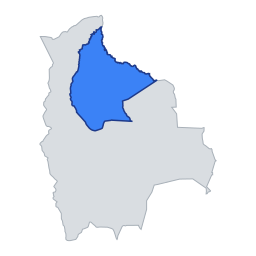 location of El Beni within Bolivia
{"feature_id": "BOL-1293", "entity_name": "El Beni", "entity_type": "Department", "adm_level": 1, "iso_a3": "BOL", "parent_name": "Bolivia", "parent_adm1": "", "projection": "natural_earth1", "projection_center": [-65.092, -13.43], "detail": "fine", "context": "in_parent", "style": "filled", "palette": "blue", "viewbox_px": 256, "rotation_deg": 0, "n_neighbors": 0, "source": "natural_earth", "source_scale": "10m", "svg_char_len": 8655}
<svg xmlns="http://www.w3.org/2000/svg" viewBox="0 0 256 256"><path d="M42.1,150.4L41.7,146.5L41.1,145.5L40.2,144.8L39.9,144.1L40.2,143.2L41.9,141.6L42.9,141.3L43.1,140.5L46.3,135.8L47.3,134.9L48.4,134.2L48.9,133.7L48.6,132.0L48.7,130.8L49.1,130.1L51.3,128.8L51.5,128.5L51.4,128.1L50.4,127.2L48.5,126.4L47.2,126.5L46.0,125.3L43.4,118.2L43.0,116.6L43.0,115.9L44.7,112.5L46.6,109.7L46.4,109.0L44.3,106.3L43.6,105.0L43.8,102.1L45.0,101.3L45.6,98.7L46.1,98.3L47.3,96.6L48.8,95.0L48.9,93.1L49.4,92.6L50.8,91.9L50.9,91.5L50.6,90.2L49.9,88.8L49.4,88.1L48.6,84.8L47.9,83.1L48.7,81.6L49.2,80.0L49.4,78.0L49.2,69.4L50.8,67.3L51.7,66.9L52.4,66.1L52.4,64.8L53.5,63.0L40.3,36.5L45.4,36.6L51.0,37.5L52.0,38.1L52.2,39.0L52.8,39.4L54.3,39.2L58.9,36.9L59.5,36.2L61.1,33.7L62.4,32.3L63.5,31.8L65.8,31.6L66.6,32.0L67.5,31.9L68.3,30.5L69.5,28.9L71.9,26.9L73.2,26.4L73.9,25.7L75.3,25.6L76.4,24.9L82.0,19.9L84.3,18.6L86.8,18.0L88.8,17.3L93.8,16.6L97.0,16.3L98.0,17.0L99.2,16.8L100.1,15.7L101.0,15.4L101.5,15.4L102.4,16.7L102.8,18.1L102.5,19.2L102.6,20.8L103.0,22.8L102.8,24.6L101.0,28.0L100.8,29.0L100.9,30.3L101.5,32.5L102.5,35.5L102.6,37.8L101.9,39.2L101.6,40.5L101.6,41.6L101.9,42.3L102.3,42.7L102.6,43.6L102.6,44.8L103.2,46.1L104.3,47.3L104.8,48.4L104.6,49.5L104.6,50.1L105.0,50.4L105.7,49.9L106.0,50.0L106.8,51.5L107.3,53.0L107.5,54.0L109.8,54.9L113.0,57.9L114.5,58.7L115.8,61.9L118.2,62.7L122.9,63.5L125.1,62.4L126.5,62.6L128.0,63.3L131.5,66.0L132.9,66.5L133.9,65.8L134.9,65.5L135.6,65.8L136.3,68.2L139.0,70.7L140.0,71.4L141.1,71.4L146.0,73.7L147.3,73.9L148.6,73.8L149.4,74.2L149.8,75.6L152.0,78.4L153.0,79.5L154.2,80.5L157.3,80.4L158.3,80.7L164.6,79.8L167.0,81.1L172.9,85.0L174.1,87.5L174.4,88.9L174.0,90.3L173.5,90.8L173.3,91.7L173.5,93.0L174.5,94.2L175.3,98.3L175.9,99.1L176.2,107.1L171.7,107.3L172.4,108.1L176.6,113.8L177.5,127.3L201.3,128.3L201.9,128.3L203.7,127.6L204.1,127.6L204.0,131.1L202.2,133.8L202.1,134.7L202.3,138.3L202.9,141.2L203.2,143.8L203.9,144.6L206.0,146.0L209.1,148.6L210.3,148.9L211.4,148.6L212.0,149.6L212.1,151.3L214.8,159.0L215.3,160.0L216.1,160.6L215.9,161.0L215.3,161.1L215.0,161.7L211.8,172.5L212.6,172.6L212.7,174.8L211.8,174.9L211.5,175.4L206.6,186.7L210.5,190.8L210.1,191.5L208.1,192.1L207.1,193.7L206.1,193.9L206.4,191.1L206.2,188.6L205.9,188.0L192.8,178.9L179.6,179.1L157.8,184.4L154.2,185.1L151.9,192.1L146.6,200.7L146.6,209.4L141.1,229.4L139.8,228.1L138.8,226.2L138.5,225.3L138.4,225.3L126.4,225.4L125.8,225.8L124.9,225.8L124.3,225.5L123.7,225.5L122.8,225.9L122.1,226.6L117.9,235.7L117.3,239.0L117.0,239.5L116.3,238.4L114.2,231.7L113.0,229.3L111.6,228.5L107.4,227.2L99.9,227.0L97.5,227.3L96.2,227.1L95.0,225.7L92.1,223.3L91.5,222.5L90.4,222.0L89.8,222.0L89.4,222.5L88.3,226.3L87.7,227.3L83.8,228.9L82.7,229.1L82.2,230.0L81.9,231.2L81.4,232.4L78.7,234.1L78.1,234.8L77.8,236.5L75.8,239.4L70.3,240.6L68.4,240.6L67.2,240.4L66.0,239.5L65.8,237.9L66.0,236.2L65.9,233.8L64.9,231.1L65.0,230.2L64.8,228.9L64.3,226.3L63.1,225.1L62.5,221.1L61.4,218.8L61.3,213.4L57.8,207.4L56.4,206.9L56.0,206.6L55.9,205.7L55.9,203.4L57.1,201.9L53.3,199.0L53.0,198.2L53.1,197.6L54.1,196.4L53.4,195.0L53.5,193.7L53.0,193.1L53.1,192.7L53.5,192.3L55.3,191.9L55.9,190.6L55.9,189.4L55.6,188.7L53.9,186.7L53.9,186.3L57.3,181.4L57.1,181.0L56.8,180.5L55.0,179.1L52.9,176.8L51.5,175.6L50.4,174.4L49.9,173.5L49.7,170.8L49.0,168.1L48.0,161.7L47.2,159.4L48.0,158.1L48.0,157.8L44.8,155.9L44.1,153.0L42.1,150.4Z" fill="#d9dde1" stroke="#a8b0b8" stroke-width="1"/><path d="M101.6,27.0L101.3,28.0L101.1,28.2L100.8,28.3L101.0,28.8L100.9,29.1L100.9,29.3L101.1,29.9L101.0,31.0L101.2,31.3L101.5,31.5L101.8,32.2L101.6,33.2L101.4,33.9L101.5,34.2L102.1,34.3L102.3,34.5L102.6,34.8L102.7,35.1L102.8,36.5L103.0,36.8L103.0,37.0L102.9,37.2L102.6,37.5L102.3,37.9L102.3,38.2L102.5,38.9L102.4,39.2L101.8,39.7L101.6,40.0L101.5,40.4L101.7,40.7L102.0,40.9L102.1,41.1L102.0,41.3L101.7,41.7L101.7,42.1L101.9,42.4L102.6,42.9L102.5,43.2L102.2,43.7L102.2,43.9L102.7,45.5L103.1,46.0L103.6,45.8L104.1,46.2L104.2,46.4L104.2,46.6L104.1,46.9L104.1,47.3L104.5,47.5L104.8,47.7L104.9,47.9L104.6,48.0L104.6,48.6L104.4,49.2L104.4,49.8L104.5,50.0L104.9,50.5L105.1,50.5L105.3,50.4L105.4,49.3L105.5,49.2L105.7,49.3L105.7,49.7L105.9,49.9L106.4,50.2L106.5,50.8L106.8,51.3L106.8,52.0L106.9,52.4L106.9,52.5L107.3,52.7L107.4,52.9L107.4,53.1L107.1,53.6L107.1,53.9L107.2,54.1L107.4,54.4L107.8,54.6L108.4,54.6L109.4,54.8L109.7,54.7L110.4,55.0L110.6,55.6L110.7,55.9L111.2,56.5L111.2,56.9L111.3,57.0L111.5,56.9L111.6,56.3L111.6,56.2L111.9,56.2L112.0,56.6L111.9,57.0L112.2,57.5L113.3,58.1L114.0,58.2L114.2,58.4L114.5,58.6L114.5,58.4L114.8,58.5L115.1,58.7L115.1,59.1L115.0,59.8L114.8,60.5L114.8,60.8L115.4,61.1L115.8,61.8L116.2,62.2L116.5,62.4L116.8,62.4L117.4,62.3L117.6,62.4L117.8,62.9L118.0,62.9L118.5,62.5L118.8,62.5L119.1,62.6L119.3,62.7L119.7,63.2L119.8,63.3L120.2,62.8L120.4,63.1L121.3,63.1L121.6,63.6L121.9,63.6L122.4,63.4L122.6,63.4L122.9,63.7L123.1,63.7L123.3,63.5L124.0,62.5L124.0,62.4L124.9,62.2L127.0,62.5L127.8,63.1L128.4,63.6L128.7,63.8L129.3,63.9L129.5,63.9L129.7,64.2L129.8,64.7L130.2,65.0L130.3,65.3L130.8,65.8L131.3,65.9L131.7,66.3L131.9,66.4L133.0,66.4L133.3,66.1L133.6,65.8L133.9,65.8L134.1,65.5L134.6,65.2L135.5,65.6L135.6,65.8L135.7,66.4L135.9,66.7L135.8,66.9L135.8,67.1L136.4,67.7L136.4,67.9L136.5,68.2L136.6,68.6L136.7,68.8L136.9,69.0L137.2,69.0L137.6,68.9L137.7,69.1L138.5,70.4L138.6,70.5L139.0,70.5L139.2,71.1L139.4,71.3L139.6,71.5L139.9,71.7L139.9,71.3L140.1,71.2L140.6,71.2L141.0,70.9L141.4,71.1L141.7,71.4L141.7,71.9L141.8,72.0L143.1,72.6L144.0,72.6L144.3,72.6L144.5,72.8L144.9,73.4L144.9,73.6L145.2,73.6L145.6,73.9L146.3,74.0L146.5,73.9L146.9,73.9L147.2,73.8L147.4,73.7L148.1,73.5L148.6,73.9L148.6,73.5L148.8,73.5L149.1,74.0L149.3,74.1L149.5,74.0L149.5,75.4L149.6,75.7L149.7,76.0L150.0,76.2L150.7,77.0L150.9,77.2L151.1,77.6L151.8,78.1L152.5,78.9L153.0,79.3L153.4,80.5L153.5,80.7L153.9,80.8L154.7,80.5L155.0,80.7L155.3,80.5L156.0,80.2L157.1,80.1L128.2,99.1L123.1,100.8L122.5,101.1L122.8,102.8L122.8,104.7L122.9,105.6L122.9,106.1L122.6,107.1L122.8,107.9L122.9,108.2L123.4,109.0L123.9,110.7L125.4,113.4L125.7,113.7L126.3,114.0L126.4,114.3L126.5,114.5L126.6,115.3L126.7,115.5L127.4,116.3L127.5,116.5L127.9,116.5L128.0,116.6L128.5,117.0L129.2,117.5L129.5,117.8L129.6,118.2L130.0,118.9L130.1,119.7L130.2,120.0L130.3,120.3L130.8,120.9L131.5,121.1L131.8,121.2L131.8,121.3L112.3,120.2L112.1,120.1L111.9,120.0L110.5,120.4L105.0,121.1L104.5,121.5L103.8,122.8L103.4,123.9L103.3,124.2L103.3,124.7L102.5,127.5L102.3,128.0L102.1,128.3L100.7,129.0L95.6,130.7L95.2,130.7L94.5,130.7L92.9,130.3L91.8,129.9L91.1,129.5L89.6,128.4L89.3,128.1L86.9,125.2L86.1,124.0L85.6,122.6L85.5,122.2L80.8,116.9L77.9,113.8L77.5,113.2L77.4,113.0L76.8,112.6L76.7,112.5L76.6,112.3L76.5,111.9L76.6,111.0L76.5,110.6L75.6,108.5L75.2,107.8L74.7,107.1L74.3,106.3L73.9,105.9L73.6,105.9L73.3,105.9L72.9,105.8L72.3,105.4L72.1,105.1L71.9,104.5L71.9,103.9L72.1,102.5L72.0,101.8L72.0,101.4L71.8,101.2L71.1,100.4L70.8,100.0L70.4,98.8L70.5,98.5L70.9,98.0L71.1,97.6L71.1,97.3L71.0,97.0L70.8,96.7L70.5,96.3L70.4,96.1L70.4,95.7L70.2,95.5L70.0,94.9L69.9,94.2L70.0,93.9L70.1,93.7L70.6,93.5L70.8,93.2L70.7,92.1L70.7,91.1L70.5,89.6L70.4,88.8L70.4,88.5L70.7,86.5L71.1,85.8L71.2,85.4L71.0,85.0L71.0,84.6L71.3,83.6L71.9,83.0L72.2,82.5L72.8,81.6L72.9,81.3L72.9,80.9L72.6,80.5L72.4,78.9L72.4,78.4L72.6,77.8L73.2,76.7L73.4,76.4L73.9,75.9L75.1,74.3L75.3,73.7L75.8,73.3L76.4,72.1L76.6,71.9L76.9,71.8L77.2,71.8L77.4,71.8L78.1,69.8L78.9,65.9L78.9,65.4L78.6,64.3L79.2,63.4L79.2,63.1L79.1,62.8L79.0,62.6L79.0,61.6L79.1,61.2L79.5,60.2L79.3,59.3L79.4,59.0L79.7,58.2L79.7,57.8L79.6,57.4L79.6,57.0L79.8,56.2L79.9,55.5L79.8,54.7L79.6,53.8L79.3,53.2L79.1,52.9L78.8,52.9L78.7,52.9L78.5,52.6L78.5,52.2L78.5,51.8L78.8,51.8L79.0,51.8L79.3,51.7L79.7,51.3L79.9,50.9L79.8,50.7L79.5,50.2L79.5,49.9L80.5,49.8L81.1,49.1L81.3,49.0L81.8,49.0L82.1,48.9L82.3,48.5L82.3,48.1L82.2,47.3L82.3,47.0L82.6,46.5L82.7,46.2L82.6,45.8L82.6,45.4L82.8,45.0L83.1,44.9L84.5,44.8L85.4,44.9L85.8,44.8L86.6,44.2L87.6,44.1L88.1,43.9L88.2,43.2L89.0,43.0L89.2,42.7L88.9,42.3L88.8,42.1L88.8,41.7L89.0,41.4L89.5,40.6L89.6,40.3L89.5,39.4L89.5,39.0L90.2,39.1L90.6,38.7L90.6,38.2L90.6,37.6L90.8,37.0L90.9,36.8L91.2,37.0L91.4,36.8L91.6,36.5L91.7,35.8L92.0,35.1L91.9,34.8L91.5,34.9L91.3,34.9L91.1,34.7L91.6,34.5L92.2,33.9L92.5,33.8L93.1,33.9L93.7,34.1L94.2,34.1L94.4,33.7L94.4,33.3L94.2,33.0L94.0,32.8L93.7,32.7L93.6,32.3L93.9,31.9L94.0,31.8L94.4,32.1L94.6,32.5L94.8,32.6L95.2,32.5L95.8,32.3L96.2,32.0L96.3,31.7L96.3,30.9L96.2,30.2L96.2,29.9L96.5,29.8L97.5,30.0L97.8,29.9L98.4,29.3L99.6,28.6L99.8,28.5L99.8,28.1L100.1,27.7L100.6,27.2L100.8,27.1L101.6,27.0Z" fill="#3b82f6" stroke="#1e3a8a" stroke-width="1.5"/></svg>